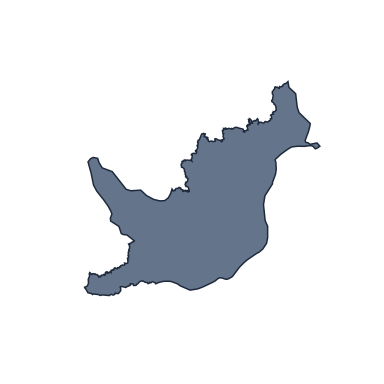 Walungu, Sud-Kivu, Democratic Republic of the Congo (Albers equal-area conic projection), rotated 140°
{"feature_id": "63176286B8564391110970", "entity_name": "Walungu", "entity_type": "district", "adm_level": 2, "iso_a3": "COD", "parent_name": "Democratic Republic of the Congo", "parent_adm1": "Sud-Kivu", "projection": "albers", "projection_center": [28.724, -2.771], "detail": "fine", "context": "isolated", "style": "filled", "palette": "slate", "viewbox_px": 384, "rotation_deg": 140, "n_neighbors": 0, "source": "geoboundaries", "source_scale": "gbopen_adm2", "svg_char_len": 6087}
<svg xmlns="http://www.w3.org/2000/svg" viewBox="0 0 384 384"><g transform="rotate(140 192 192)"><path d="M67.2,145.0L64.6,144.9L64.7,149.2L71.0,152.7L71.4,154.9L72.9,156.9L72.3,158.7L64.5,163.1L60.8,165.6L57.4,168.4L59.0,183.9L56.9,189.3L49.4,200.7L50.5,209.8L47.5,214.9L50.0,214.7L51.7,215.5L53.8,215.5L54.5,215.3L54.8,214.7L57.1,215.9L57.2,216.3L58.4,215.3L58.9,215.5L59.0,217.1L59.6,217.8L60.2,218.0L60.7,219.1L61.3,219.0L62.3,217.9L63.5,217.9L65.2,217.2L65.9,217.3L67.4,215.5L67.2,215.0L67.7,213.8L71.2,210.8L71.9,211.0L72.7,210.1L72.2,207.1L72.7,206.4L72.4,205.6L72.8,203.6L74.9,200.5L75.3,200.7L76.7,200.3L77.6,200.7L78.0,201.3L78.4,200.8L79.2,200.9L79.7,199.3L80.7,200.1L82.4,200.3L82.5,198.9L83.8,197.0L84.9,197.7L85.8,196.6L87.5,197.0L87.8,196.7L89.2,197.1L90.5,198.9L91.4,199.0L92.0,198.6L93.2,199.0L94.4,201.3L95.9,202.0L97.7,201.5L97.5,202.0L95.9,202.5L95.5,204.3L94.7,205.2L94.8,206.1L97.6,205.6L98.3,206.7L100.4,207.0L101.1,206.7L101.5,205.8L101.9,206.1L102.3,206.7L102.1,207.1L100.8,207.6L100.4,210.0L100.9,211.2L101.4,210.6L102.1,211.1L102.2,210.6L101.9,210.0L102.6,210.2L102.9,210.0L102.9,209.5L103.5,209.3L103.5,209.0L103.1,209.1L103.0,208.8L103.3,208.6L103.8,206.4L104.6,206.3L104.5,206.9L105.1,206.9L105.3,207.7L106.5,207.6L106.6,207.0L107.5,207.5L107.7,207.3L107.3,206.7L108.0,206.2L109.2,203.6L110.2,204.3L110.8,204.0L112.2,205.0L113.1,204.1L113.9,205.1L112.7,206.4L112.5,207.4L114.6,210.3L114.9,210.3L115.5,212.0L116.2,212.5L116.6,213.2L117.9,214.0L120.3,214.0L120.6,215.1L121.4,214.9L122.8,217.1L124.2,217.6L124.9,217.5L124.6,217.7L124.8,218.6L125.1,219.0L125.7,218.4L125.9,218.6L125.5,219.3L126.1,219.3L126.4,220.0L126.9,219.8L127.1,220.2L127.5,219.5L127.8,219.7L128.4,219.1L129.2,219.5L130.6,217.0L130.3,216.5L131.0,216.5L131.3,215.5L132.6,214.5L133.2,212.0L135.9,212.8L136.3,212.3L136.0,211.5L136.7,211.4L137.2,211.7L136.9,213.2L138.2,214.5L139.5,217.6L140.2,218.0L141.0,217.3L141.1,216.2L141.8,216.0L143.6,217.1L143.9,218.1L144.9,219.0L146.4,219.5L146.8,220.3L145.9,221.8L146.2,222.2L144.9,223.5L145.3,224.3L146.0,224.0L145.7,224.8L146.2,225.2L147.0,226.5L146.2,226.7L145.9,227.8L145.2,227.5L144.5,228.0L145.4,228.9L145.4,229.4L147.3,230.2L153.0,227.2L153.7,227.7L155.1,227.1L155.1,226.6L155.6,226.6L156.0,226.1L155.8,225.6L156.4,225.1L157.3,224.4L158.0,224.4L157.8,223.6L158.7,223.4L159.0,222.3L161.3,221.2L162.7,221.5L163.1,220.8L162.5,220.4L162.7,219.5L164.3,218.8L165.4,220.3L167.1,221.2L168.4,221.2L168.7,220.7L168.2,219.9L170.6,217.7L171.6,217.6L172.3,215.7L172.8,217.2L175.0,219.4L176.4,220.4L176.9,220.2L176.8,221.1L177.2,221.0L177.8,221.5L178.8,220.8L179.1,221.6L180.1,221.8L181.0,220.5L182.6,220.2L184.1,217.6L183.4,216.9L183.1,215.1L183.7,213.7L184.7,212.3L184.6,211.1L185.8,210.1L186.0,208.9L186.7,208.3L186.2,207.5L187.0,207.3L186.8,206.8L187.0,206.5L186.4,204.8L188.9,202.9L190.4,203.5L191.1,202.6L191.4,202.9L192.5,202.1L193.0,200.4L192.5,200.4L192.6,199.6L192.1,199.0L191.9,197.9L193.3,194.7L193.6,194.4L193.8,194.8L194.9,194.5L195.6,195.6L194.6,196.1L196.3,196.9L195.9,197.5L197.1,198.0L198.0,197.8L198.4,198.2L198.0,198.4L197.6,199.7L198.1,199.9L198.7,201.2L198.4,201.5L198.7,202.3L198.2,202.4L198.6,203.5L199.2,203.9L200.8,203.9L201.9,204.9L203.5,204.7L203.8,204.1L204.1,204.1L205.0,204.9L205.8,204.9L205.4,207.1L209.1,204.7L213.7,202.8L218.4,202.9L222.3,205.8L226.1,210.9L229.1,218.4L230.1,226.4L238.1,232.3L240.7,236.4L240.0,258.9L245.3,268.2L244.3,274.4L242.6,278.4L245.5,282.0L248.4,282.7L252.3,281.9L257.1,271.4L263.0,260.6L264.4,253.8L264.7,242.7L265.3,235.4L266.4,229.8L267.5,226.6L271.4,224.4L273.0,222.0L270.1,212.6L272.9,205.6L271.9,203.5L269.4,200.8L267.6,191.6L269.2,191.6L269.7,192.1L271.4,192.1L273.6,192.8L273.4,192.2L274.1,192.3L274.1,191.4L274.7,191.0L274.8,190.4L276.0,189.0L277.7,188.4L277.8,187.1L278.6,187.3L279.8,186.6L280.1,185.8L281.6,184.6L281.3,184.2L281.6,183.8L282.0,183.8L282.3,182.9L282.7,182.5L283.9,182.8L284.4,182.1L284.4,181.1L285.0,181.2L285.9,179.7L287.0,178.9L288.3,179.5L289.4,180.9L290.1,179.6L290.5,179.5L291.2,179.7L292.2,180.8L294.0,181.3L294.6,180.8L295.3,181.2L295.6,180.8L296.0,181.1L296.4,180.7L296.7,180.7L297.5,181.8L298.8,181.3L299.2,182.6L299.8,182.8L299.8,183.5L300.6,183.6L300.8,183.3L301.3,183.3L301.6,182.7L302.3,182.6L303.0,182.9L302.9,183.4L303.4,183.4L304.2,184.0L305.9,182.2L306.1,183.1L306.6,183.3L306.4,183.6L307.3,183.6L307.8,184.1L308.4,183.7L308.7,183.9L308.3,184.3L308.6,184.5L308.3,185.5L309.1,185.9L310.0,186.0L310.4,185.6L310.0,185.2L311.5,184.4L311.8,184.8L312.5,184.5L312.5,185.5L314.5,185.9L314.9,186.5L315.9,185.9L316.8,185.9L317.2,186.4L316.8,186.9L317.1,187.2L318.0,186.9L317.6,189.3L318.7,190.7L318.7,191.3L319.6,191.6L319.6,192.4L320.3,193.0L320.8,193.3L321.5,193.1L322.2,193.8L321.8,194.6L322.1,196.0L323.4,195.3L324.1,193.9L325.1,193.1L327.5,191.9L329.7,189.0L331.1,187.9L333.3,187.3L335.5,188.1L335.8,187.4L335.7,185.7L336.5,181.7L334.3,178.8L334.1,177.4L333.1,177.3L329.1,173.0L329.2,172.5L328.5,171.5L326.8,170.8L321.9,165.8L320.7,165.9L319.4,165.2L318.9,164.0L318.2,163.5L317.0,163.2L316.4,163.9L315.8,163.8L314.4,162.1L313.5,161.5L310.4,162.1L309.0,163.3L308.1,165.4L307.8,165.5L305.9,164.0L304.1,161.4L302.0,161.2L300.7,160.5L300.1,160.8L299.4,160.3L298.2,160.5L298.3,161.2L297.9,161.2L296.3,159.6L296.3,159.0L296.8,158.4L296.7,157.7L294.8,156.5L293.7,156.9L292.7,156.5L290.0,157.0L287.8,156.3L287.3,155.5L286.7,155.4L286.0,153.1L284.5,151.3L284.5,150.0L283.5,149.6L282.7,150.0L281.8,148.8L280.4,148.9L279.5,148.3L278.7,146.1L278.8,145.0L275.2,143.9L271.3,141.9L267.6,139.0L265.5,136.8L262.4,131.5L261.2,127.4L256.5,118.0L249.7,114.0L244.7,112.3L234.9,109.7L231.5,109.0L228.1,109.0L226.0,108.5L224.7,107.4L222.0,103.2L220.3,102.2L217.2,101.5L215.2,101.3L203.9,103.9L197.4,104.5L193.1,104.5L182.7,103.5L179.2,102.8L174.5,102.8L168.0,104.7L163.5,108.3L156.1,117.1L154.4,123.0L145.4,136.3L138.6,142.2L125.1,146.5L124.5,147.4L116.8,151.8L112.9,155.2L108.5,161.1L107.8,163.1L106.7,163.5L99.4,163.8L91.0,163.2L86.6,162.4L81.7,159.2L76.4,154.6L72.0,151.8L70.4,150.2L69.9,148.8L69.8,145.8L67.2,145.0Z" fill="#64748b" stroke="#1e293b" stroke-width="1.5"/></g></svg>